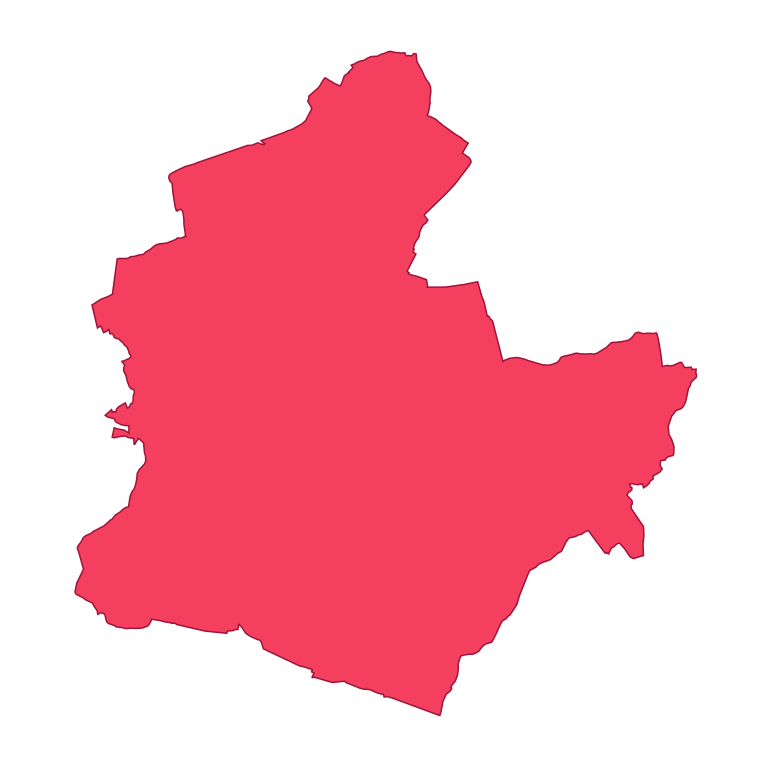 the district of Ivanesti, Vaslui, Romania, rotated 89°
{"feature_id": "2599482B31711586235741", "entity_name": "Ivanesti", "entity_type": "district", "adm_level": 2, "iso_a3": "ROU", "parent_name": "Romania", "parent_adm1": "Vaslui", "projection": "equal_earth", "projection_center": [27.444, 46.655], "detail": "fine", "context": "isolated", "style": "filled", "palette": "rose", "viewbox_px": 768, "rotation_deg": 89, "n_neighbors": 0, "source": "geoboundaries", "source_scale": "gbopen_adm2", "svg_char_len": 6093}
<svg xmlns="http://www.w3.org/2000/svg" viewBox="0 0 768 768"><g transform="rotate(89 384 384)"><path d="M609.3,674.2L607.8,671.1L607.8,670.4L609.1,667.7L610.0,667.0L615.6,665.9L617.6,664.9L618.7,663.6L620.8,657.7L622.1,656.3L623.0,650.1L624.1,646.1L623.7,642.0L624.1,635.7L623.7,629.6L622.1,625.2L621.3,623.7L617.0,621.1L615.1,620.7L616.7,611.5L617.6,609.1L618.6,603.9L618.6,602.7L619.6,600.6L619.4,597.4L620.9,595.4L627.9,567.3L630.5,545.6L628.3,544.8L628.0,539.8L626.8,536.4L627.0,534.4L621.7,533.3L624.5,530.6L631.0,526.4L634.2,521.6L637.4,514.8L638.0,512.4L640.2,511.1L646.7,509.2L664.5,473.2L665.5,468.7L668.4,460.6L670.5,461.5L671.7,459.0L675.9,461.1L676.4,460.5L675.9,459.0L681.5,441.0L680.5,428.7L681.9,427.2L687.8,413.2L688.9,409.1L689.0,405.4L689.7,402.7L692.6,396.5L694.0,392.2L694.1,390.1L697.0,389.3L696.6,386.4L698.1,381.3L716.5,334.0L712.9,332.8L702.5,330.6L695.2,327.2L692.6,323.7L690.1,321.8L688.9,321.7L688.1,322.7L682.7,318.2L679.6,316.8L676.2,315.6L670.3,314.7L665.1,314.7L657.5,312.2L656.6,309.8L655.7,304.1L655.7,300.1L654.8,297.2L652.7,293.7L648.9,290.9L646.8,288.5L645.4,286.1L644.3,281.6L643.5,280.4L636.7,276.7L625.7,271.5L622.9,269.7L620.6,265.7L618.2,264.0L617.5,262.3L606.8,255.0L597.5,252.1L574.7,242.5L572.8,241.1L569.8,235.3L567.6,233.3L565.6,229.7L562.5,220.6L556.6,213.7L554.3,209.5L545.1,204.7L541.2,201.8L539.9,195.4L538.2,192.1L537.7,189.2L535.7,186.4L534.2,183.0L534.2,182.2L556.8,166.1L556.4,164.9L557.1,164.5L556.8,164.0L557.8,162.4L552.1,159.6L550.7,157.0L547.8,153.7L547.1,151.2L553.3,146.1L561.3,140.8L562.6,138.3L562.8,137.2L560.2,128.5L560.3,127.6L548.1,127.8L540.6,126.8L531.2,127.0L512.9,138.9L509.4,139.1L508.2,137.8L504.9,138.1L499.4,143.0L496.7,141.5L495.8,139.8L493.8,137.9L491.6,138.1L491.5,139.2L488.3,140.1L488.0,137.6L489.1,132.6L488.4,127.2L492.3,126.4L490.7,123.6L488.1,120.7L485.8,119.6L483.7,116.5L480.7,116.6L476.8,109.7L473.8,107.3L471.0,109.0L468.9,109.3L465.4,108.6L465.0,104.3L462.7,102.8L461.5,100.7L460.5,96.3L459.3,95.6L451.8,95.1L444.6,97.3L439.5,99.9L431.3,100.6L421.3,97.0L416.2,92.9L415.4,91.8L413.9,87.5L412.5,85.8L409.9,84.1L406.3,82.5L393.3,79.5L391.1,77.9L388.4,77.1L386.8,76.1L382.7,71.6L380.7,71.4L378.2,72.0L374.6,71.7L374.8,75.7L372.6,76.5L372.8,82.6L372.4,83.5L368.4,85.5L367.5,86.5L367.6,87.9L370.6,95.0L370.9,98.1L370.3,100.1L371.3,105.4L358.7,106.7L344.0,108.9L338.5,110.3L337.6,111.0L338.2,113.5L337.8,119.6L338.2,123.9L336.8,128.3L336.8,130.1L337.7,132.1L341.0,134.5L344.1,138.1L345.2,141.7L346.4,151.3L346.4,155.1L347.2,156.7L351.2,160.8L357.1,170.8L357.8,174.2L357.3,177.5L357.6,181.8L357.2,187.6L356.5,190.5L356.8,192.7L358.0,196.7L359.2,203.1L360.2,206.1L361.1,207.2L362.8,207.9L365.4,210.3L366.7,213.6L368.1,218.6L367.6,225.0L362.9,239.9L361.7,242.7L360.0,249.2L359.8,251.5L360.5,257.7L362.3,262.9L363.6,264.7L323.1,274.3L321.5,275.6L320.5,276.9L318.1,277.9L318.0,279.5L304.0,282.5L297.7,284.8L283.4,288.6L285.9,302.1L288.2,321.0L287.9,339.0L287.3,338.6L280.4,339.7L277.6,347.2L274.5,357.6L273.2,357.0L271.7,359.0L254.6,349.8L252.6,352.7L249.7,351.4L249.0,352.3L243.4,350.5L237.6,346.5L232.7,345.6L229.1,344.1L225.5,341.9L223.6,339.1L220.8,337.3L216.3,340.6L215.2,340.5L194.5,318.4L185.4,309.6L167.0,295.0L164.1,293.2L162.8,293.1L161.1,293.7L159.2,295.1L154.4,301.6L144.6,295.6L141.3,300.6L139.7,301.8L136.1,307.5L126.2,320.9L120.2,327.7L118.0,331.9L116.4,336.0L113.1,334.8L103.9,333.0L99.7,333.2L92.9,332.1L88.6,332.2L84.8,333.4L78.3,337.7L72.0,340.3L62.1,345.5L54.8,346.0L54.0,347.9L54.6,349.0L56.5,350.6L56.0,353.7L56.3,355.7L55.4,356.7L53.2,357.4L53.4,360.4L52.6,367.6L51.5,371.5L51.7,373.6L53.9,379.2L54.1,380.9L56.2,385.0L56.3,390.3L56.8,392.3L58.1,395.3L59.8,397.9L61.1,403.5L62.4,406.4L63.1,406.9L64.5,411.1L64.9,411.3L66.0,410.0L67.1,409.6L71.6,414.0L72.1,413.5L72.7,413.9L72.4,414.4L75.2,418.3L82.5,421.0L85.3,422.7L82.4,428.7L76.8,437.5L78.1,438.9L85.1,443.2L87.0,444.8L94.8,454.1L97.7,454.2L99.8,455.4L106.6,451.6L107.8,451.6L119.3,457.8L122.9,462.2L128.4,472.7L128.9,475.4L130.8,479.5L138.6,502.6L140.8,500.6L141.6,498.8L142.7,499.9L142.2,502.1L140.8,505.4L140.9,506.7L143.0,511.9L143.1,516.3L159.3,566.5L160.9,570.5L163.0,578.7L166.7,587.1L170.0,593.5L171.5,595.1L173.9,595.6L177.0,594.8L179.7,592.4L189.9,591.6L204.6,589.5L205.2,588.9L207.0,588.8L207.5,587.7L206.9,587.1L205.7,584.3L207.6,582.5L208.8,582.0L216.2,581.2L220.5,581.3L233.1,579.7L232.9,580.8L233.9,582.3L234.6,584.4L234.4,587.7L234.6,588.5L235.8,589.6L239.3,598.9L240.0,606.5L240.8,609.2L242.1,611.5L245.3,615.3L247.7,619.8L250.2,622.3L250.5,625.9L252.1,631.6L252.2,634.7L254.0,638.8L253.9,647.1L254.3,648.6L289.5,654.0L291.8,658.6L294.4,665.7L299.9,674.6L323.0,669.5L321.0,666.2L327.8,663.4L326.2,660.0L324.7,658.2L329.1,657.1L328.9,655.1L329.7,653.9L332.1,653.2L333.3,652.2L334.5,648.0L335.5,647.4L338.8,643.7L340.7,642.9L341.4,641.4L343.2,640.1L347.1,638.5L348.2,638.5L351.9,636.5L352.5,636.6L353.9,638.3L356.2,643.3L356.8,645.7L360.6,643.0L363.6,644.0L365.9,644.1L368.3,643.3L370.5,642.0L377.1,640.5L382.2,638.7L384.3,637.0L385.2,634.8L385.9,634.0L387.8,633.7L392.0,635.0L396.8,635.2L399.6,636.7L399.5,637.9L401.6,638.3L403.6,640.7L403.5,641.1L398.4,643.0L402.2,649.8L404.4,651.8L407.3,652.6L406.8,654.1L407.0,655.0L407.7,655.7L407.8,656.3L406.0,656.4L404.9,656.9L410.4,663.3L412.1,661.1L414.0,654.5L414.6,653.9L416.1,653.7L417.5,652.4L420.1,647.6L421.1,642.8L421.2,639.8L428.6,639.9L425.6,644.5L424.3,651.0L423.1,654.6L432.5,656.7L433.1,654.8L431.7,647.9L431.5,642.9L432.8,641.4L434.2,635.2L439.9,634.9L439.9,634.2L436.9,632.5L435.2,631.0L434.1,630.8L434.8,629.4L438.7,625.4L448.3,624.7L451.9,623.7L456.3,623.6L459.6,624.7L465.1,630.0L468.8,632.2L475.4,633.0L480.6,634.2L484.2,635.5L487.6,638.0L491.9,639.8L502.3,641.6L502.9,644.1L504.3,646.6L507.4,650.2L510.4,655.0L514.6,658.4L515.3,660.0L521.0,666.5L526.6,677.8L528.1,679.3L530.2,684.4L531.7,686.6L532.7,687.6L536.2,689.4L540.5,692.7L541.9,693.3L543.0,693.5L546.6,692.2L563.9,687.7L577.8,694.7L586.4,696.6L588.2,696.0L589.2,694.9L592.1,689.3L595.0,685.4L597.8,679.4L601.6,677.5L605.5,674.8L609.3,674.2Z" fill="#f43f5e" stroke="#9f1239" stroke-width="1.5"/></g></svg>